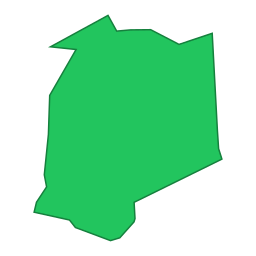 outline of Franklin, Kentucky, United States of America
{"feature_id": "52423323B23030090649603", "entity_name": "Franklin", "entity_type": "district", "adm_level": 2, "iso_a3": "USA", "parent_name": "United States of America", "parent_adm1": "Kentucky", "projection": "mercator", "projection_center": [-84.902, 38.234], "detail": "fine", "context": "isolated", "style": "filled", "palette": "green", "viewbox_px": 256, "rotation_deg": 0, "n_neighbors": 0, "source": "geoboundaries", "source_scale": "gbopen_adm2", "svg_char_len": 411}
<svg xmlns="http://www.w3.org/2000/svg" viewBox="0 0 256 256"><path d="M50.5,46.8L76.1,49.5L49.7,95.4L48.4,134.5L44.3,174.8L46.6,186.9L36.5,202.2L34.1,212.2L69.5,220.0L75.4,227.5L110.5,240.6L119.8,237.8L134.0,221.9L135.0,218.6L134.1,202.3L221.9,159.1L218.6,148.7L217.4,130.5L212.2,33.3L179.0,44.4L150.7,29.7L130.5,29.9L116.7,31.1L108.0,15.4L50.5,46.8Z" fill="#22c55e" stroke="#15803d" stroke-width="1.5"/></svg>